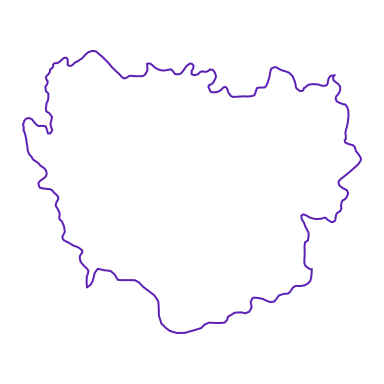 the district of Bykhaw, Mogilev, Belarus
{"feature_id": "67162791B64614066939299", "entity_name": "Bykhaw", "entity_type": "district", "adm_level": 2, "iso_a3": "BLR", "parent_name": "Belarus", "parent_adm1": "Mogilev", "projection": "orthographic", "projection_center": [30.233, 53.459], "detail": "fine", "context": "isolated", "style": "outline", "palette": "violet", "viewbox_px": 384, "rotation_deg": 0, "n_neighbors": 0, "source": "geoboundaries", "source_scale": "gbopen_adm2", "svg_char_len": 4932}
<svg xmlns="http://www.w3.org/2000/svg" viewBox="0 0 384 384"><path d="M23.6,130.7L24.2,131.1L25.5,135.8L26.3,139.7L26.6,142.6L27.4,146.9L27.8,150.9L29.2,154.3L31.3,156.5L33.0,159.5L38.4,163.2L40.4,165.6L44.2,168.2L45.9,170.3L46.7,173.3L46.3,175.7L44.7,177.6L42.0,179.5L40.3,180.7L38.5,182.8L38.7,185.0L39.8,187.7L42.9,188.4L45.6,188.8L49.8,189.1L52.3,190.4L53.6,192.2L55.3,193.8L57.4,195.7L58.4,197.8L58.0,199.7L57.0,201.1L55.9,203.9L55.7,205.8L57.5,208.6L59.2,211.8L59.7,214.3L59.3,216.6L59.5,219.4L61.9,221.3L62.7,223.2L63.6,225.3L64.2,227.4L64.7,230.8L64.6,232.4L63.5,234.4L62.4,236.7L62.5,238.3L63.9,240.3L66.1,241.4L69.8,243.3L72.2,244.9L74.0,245.9L75.7,246.4L77.8,247.1L80.4,248.9L82.2,250.4L82.3,252.3L81.6,253.4L80.1,255.5L79.7,256.8L79.9,258.8L80.6,261.8L83.2,265.0L87.2,268.9L88.4,270.9L87.8,274.0L86.8,276.5L86.6,282.3L87.0,287.2L87.5,287.0L90.7,284.7L92.8,280.7L93.7,277.2L94.8,272.7L97.8,268.8L103.9,270.2L110.5,270.9L114.6,274.4L117.8,279.8L120.7,280.1L126.9,280.1L131.9,280.1L135.1,280.3L139.2,282.6L143.2,286.9L154.2,295.2L158.2,301.1L158.7,306.5L158.9,315.7L161.4,323.6L166.2,328.2L169.8,330.9L176.9,333.0L185.1,332.8L189.9,331.4L195.6,329.8L201.3,328.0L204.5,324.6L209.0,322.7L217.5,323.0L222.0,322.9L224.8,322.5L227.3,319.7L227.9,316.8L234.8,312.7L239.3,312.4L241.6,312.4L245.5,313.3L249.1,311.7L250.5,309.7L251.6,306.9L250.7,301.7L252.5,298.3L253.6,297.6L258.2,298.0L262.7,298.9L266.8,300.8L270.3,302.1L274.1,301.6L276.6,298.7L278.9,295.5L283.7,293.9L288.0,293.6L289.6,292.3L291.2,290.2L293.0,287.5L295.7,285.9L300.2,286.1L304.3,285.4L307.5,283.8L310.2,281.0L311.1,278.0L311.6,273.7L311.8,269.3L310.8,269.3L309.2,268.6L306.8,267.2L305.0,265.1L304.3,262.6L304.7,253.4L304.5,246.9L305.0,242.4L307.9,240.5L308.6,236.0L308.6,232.9L307.0,229.7L305.7,227.3L303.8,222.3L301.7,219.2L301.4,215.5L303.5,214.4L306.4,215.5L309.3,217.3L312.2,218.3L315.7,219.1L319.5,218.9L321.3,218.7L324.4,217.7L325.7,217.8L327.7,219.8L331.4,222.1L333.0,222.0L334.7,221.0L335.4,219.5L335.6,217.5L336.2,214.5L337.3,212.9L340.4,211.0L341.4,208.2L341.1,206.4L341.2,204.1L341.8,201.7L342.7,200.3L344.4,199.6L345.8,198.3L346.6,197.1L347.8,194.6L348.0,192.9L346.9,190.2L344.9,189.2L343.3,188.4L341.6,187.2L340.1,186.0L339.0,184.9L338.6,183.6L338.6,181.6L339.5,180.3L340.7,179.1L347.3,173.9L354.7,167.5L358.2,164.3L360.4,161.1L361.0,158.5L359.6,155.9L357.8,153.3L355.8,151.0L355.4,149.0L354.6,146.8L353.0,145.2L351.4,144.8L349.0,144.2L345.3,142.6L344.6,140.3L345.8,139.0L345.8,135.8L345.4,132.7L346.1,129.2L346.7,127.7L347.7,123.1L348.1,119.6L348.5,115.4L348.3,110.5L346.9,106.6L345.1,104.4L343.4,104.3L339.5,102.9L336.7,101.3L335.6,98.6L336.2,96.4L338.7,93.6L340.2,90.0L340.1,86.6L338.3,84.1L335.7,82.1L333.5,80.3L333.0,77.8L334.4,75.4L331.4,75.6L330.2,76.3L328.6,78.5L328.1,80.8L327.6,83.7L326.7,85.1L325.3,85.7L323.1,85.9L320.7,85.3L318.3,84.5L316.1,84.3L312.4,84.1L309.2,84.6L307.1,85.7L305.6,87.2L303.8,88.2L303.3,90.2L302.4,90.8L300.7,91.1L299.3,90.7L296.5,88.4L295.8,86.7L295.5,84.4L294.9,81.8L293.7,78.8L292.7,76.3L288.9,72.6L285.3,71.3L282.7,70.6L280.5,69.7L278.9,68.9L276.6,67.4L274.5,67.1L271.2,68.7L270.4,71.4L270.0,73.5L269.6,76.1L268.6,79.8L267.3,83.5L266.6,85.0L266.0,86.3L264.7,87.4L263.0,87.5L259.8,87.5L257.0,88.1L255.8,91.3L255.1,93.8L254.2,95.4L250.4,96.3L246.4,96.5L243.0,96.3L237.8,96.7L232.9,96.9L230.8,95.9L228.4,92.6L227.5,89.5L226.3,87.5L224.6,86.9L223.0,87.8L221.6,89.4L220.2,90.6L217.2,92.0L215.1,92.3L211.3,92.1L210.3,91.2L208.4,86.8L209.0,85.2L211.9,83.9L213.5,82.2L214.5,80.3L215.9,77.2L215.8,75.3L214.8,72.6L213.0,70.0L211.7,69.7L209.9,69.5L208.2,71.0L206.1,71.8L203.5,71.7L201.8,71.3L200.0,72.2L198.0,74.3L194.0,75.2L191.6,74.1L191.7,70.7L193.1,68.6L193.6,65.7L191.8,63.7L189.8,63.6L186.4,66.1L185.0,68.1L183.1,71.0L180.9,73.4L178.7,74.3L175.1,74.1L172.5,70.7L170.9,69.4L169.0,69.6L165.4,70.4L162.3,70.5L159.5,69.9L157.9,69.3L154.8,67.5L151.7,64.6L149.9,63.5L148.3,63.5L147.1,63.8L147.2,65.9L147.5,69.5L146.7,71.8L145.7,73.8L144.4,75.1L142.8,76.1L138.6,76.2L134.9,76.1L130.6,75.8L129.0,76.0L127.0,77.5L125.5,78.1L124.6,78.3L123.8,78.3L122.7,77.6L121.5,76.6L119.6,74.4L115.9,71.1L111.5,66.7L108.2,62.6L101.8,56.3L98.3,53.4L96.1,51.5L93.7,51.0L91.5,51.1L88.6,52.1L86.1,53.9L84.4,55.8L82.1,58.4L79.9,59.7L77.3,61.5L75.8,62.1L74.2,63.2L73.3,64.3L71.9,65.4L70.8,65.9L69.5,65.9L67.7,65.0L67.7,64.1L67.7,61.8L67.8,59.9L66.6,57.9L64.8,57.7L63.5,58.3L61.9,59.7L60.3,61.1L58.9,62.1L57.7,63.1L55.3,63.1L54.1,63.5L53.1,64.5L53.1,66.7L51.7,68.5L50.4,69.1L50.3,69.6L49.8,72.0L48.2,74.5L47.1,75.3L45.8,77.2L46.5,79.4L47.7,81.5L47.2,84.3L45.3,86.8L45.9,91.0L48.3,93.5L48.4,97.5L47.8,100.8L46.5,103.2L46.3,105.5L45.8,108.7L46.4,111.4L49.4,113.3L52.1,117.1L51.3,120.2L50.5,124.1L50.9,126.5L52.2,130.1L51.2,132.2L50.0,133.5L47.9,133.3L46.6,128.7L45.6,126.3L42.4,125.8L38.9,126.1L36.7,125.0L34.3,122.3L31.8,119.2L29.0,118.0L26.1,118.7L24.5,120.5L23.0,124.7L23.7,127.1L23.6,130.7Z" fill="none" stroke="#5b21b6" stroke-width="2"/></svg>